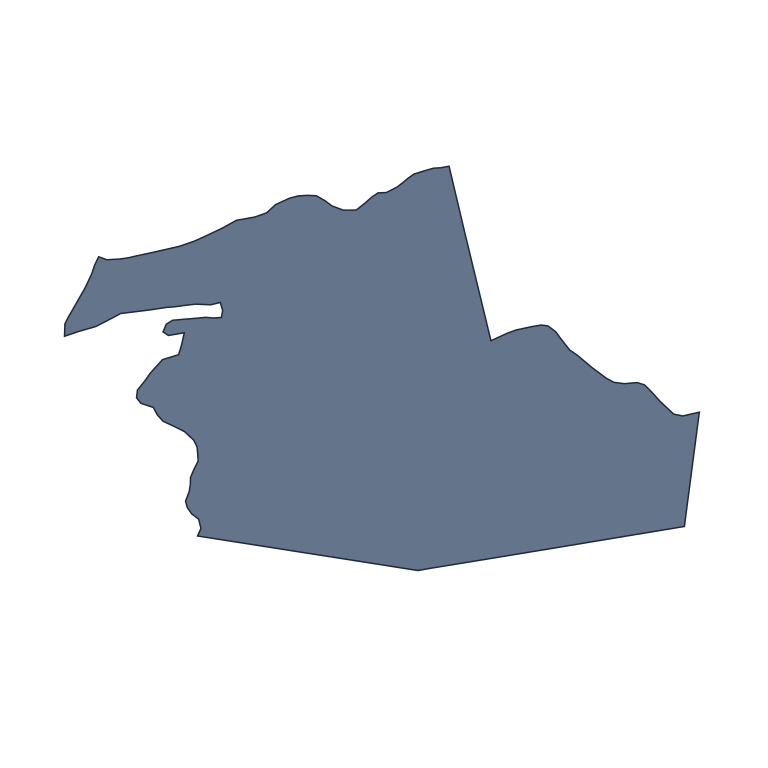 Dom Pedro, Maranhão, Brazil, rotated 78°
{"feature_id": "56859067B19641317147264", "entity_name": "Dom Pedro", "entity_type": "district", "adm_level": 2, "iso_a3": "BRA", "parent_name": "Brazil", "parent_adm1": "Maranhão", "projection": "robinson", "projection_center": [-44.435, -5.022], "detail": "fine", "context": "isolated", "style": "filled", "palette": "slate", "viewbox_px": 768, "rotation_deg": 78, "n_neighbors": 0, "source": "geoboundaries", "source_scale": "gbopen_adm2", "svg_char_len": 1559}
<svg xmlns="http://www.w3.org/2000/svg" viewBox="0 0 768 768"><g transform="rotate(78 384 384)"><path d="M477.1,81.4L477.4,98.3L473.7,106.9L458.5,117.5L446.9,124.2L438.9,129.5L435.2,136.2L433.7,148.7L430.1,158.9L424.4,165.5L411.1,177.2L396.1,188.9L389.5,195.2L377.2,201.3L368.7,205.1L361.3,211.5L359.0,218.0L358.6,228.1L358.6,243.4L360.0,253.1L363.9,270.4L253.3,273.5L184.5,275.1L184.3,283.3L183.2,290.8L183.9,300.6L184.9,311.1L187.6,317.4L190.9,323.6L194.1,330.3L197.2,341.9L195.8,350.2L198.8,357.4L202.8,364.4L208.1,375.0L205.5,387.7L198.9,398.0L192.8,403.3L185.8,411.0L183.5,419.8L182.2,428.8L182.6,437.8L186.0,452.8L192.2,463.3L193.8,475.8L193.2,494.2L198.1,510.6L202.1,527.3L204.8,539.6L206.8,555.8L207.2,585.1L207.2,599.1L207.4,607.8L206.8,616.7L204.8,629.4L200.2,636.6L207.5,642.3L215.8,647.2L228.0,656.5L253.2,679.1L258.8,683.6L270.9,686.6L269.2,672.4L267.8,653.6L262.9,635.9L260.3,627.0L261.6,612.3L262.9,597.5L263.9,580.2L264.9,573.2L265.8,561.5L266.7,551.8L270.5,537.0L270.2,527.2L278.4,526.5L285.1,529.2L284.0,537.0L281.7,544.6L280.7,553.6L279.0,566.7L277.7,577.6L280.2,584.5L287.0,589.3L291.7,584.8L292.4,568.7L304.3,574.2L312.6,578.8L314.1,595.6L325.1,610.7L331.1,617.1L338.7,626.5L346.1,628.9L352.4,625.8L359.0,614.5L367.0,612.2L374.6,607.8L381.6,598.4L389.1,589.0L399.4,581.8L406.8,579.9L420.6,581.7L428.2,587.8L435.2,592.7L441.9,594.3L448.5,596.8L457.4,602.5L464.0,602.1L471.1,599.1L477.7,593.4L487.3,593.1L493.9,598.0L573.5,389.6L573.9,377.6L578.8,274.2L585.8,119.8L477.1,81.4Z" fill="#64748b" stroke="#1e293b" stroke-width="1.5"/></g></svg>